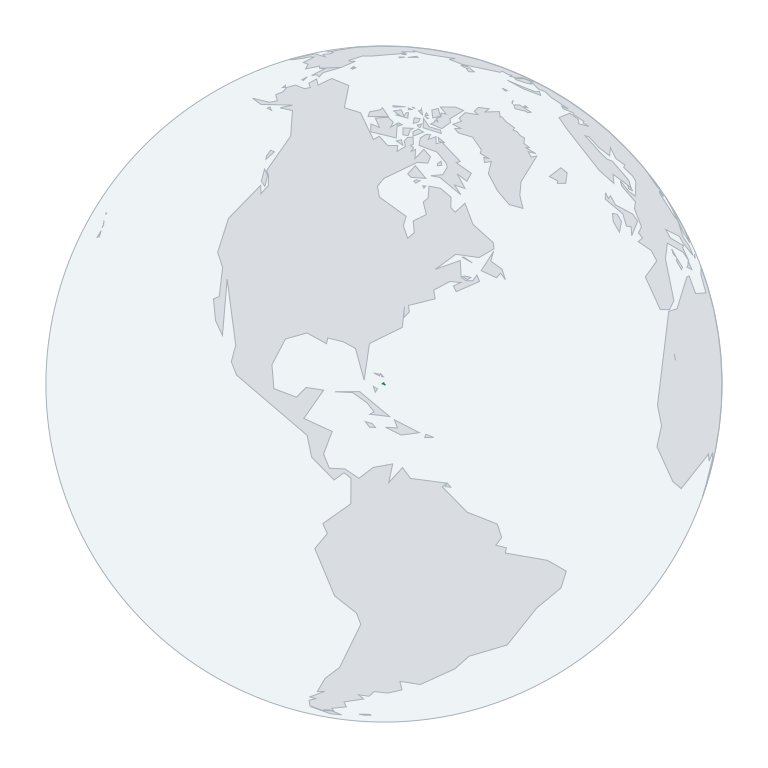 North Eleuthera highlighted on a globe, orthographic projection, rotated 14°
{"feature_id": "BHS-5027", "entity_name": "North Eleuthera", "entity_type": "District", "adm_level": 1, "iso_a3": "BHS", "parent_name": "The Bahamas", "parent_adm1": "", "projection": "orthographic", "projection_center": [-76.584, 25.425], "detail": "fine", "context": "on_globe", "style": "filled", "palette": "green", "viewbox_px": 768, "rotation_deg": 14, "n_neighbors": 0, "source": "natural_earth", "source_scale": "10m", "svg_char_len": 9786}
<svg xmlns="http://www.w3.org/2000/svg" viewBox="0 0 768 768"><g transform="rotate(14 384 384)"><circle cx="384" cy="384" r="338" fill="#eef3f6" stroke="#a8b0b8"/><path d="M374.7,483.3L366.7,479.7L358.8,489.2L331.5,472.5L321.8,452.4L238.8,411.0L230.4,399.3L230.8,382.3L206.4,320.1L215.5,375.9L205.3,363.4L197.9,342.6L203.0,339.0L199.2,309.8L190.7,296.5L193.1,260.8L216.3,221.1L218.5,229.1L223.8,219.5L221.4,209.4L218.5,205.2L233.5,166.0L229.0,140.9L216.5,141.1L227.9,135.5L196.9,142.5L187.4,138.5L204.9,138.4L212.0,135.0L208.9,129.4L215.4,124.9L217.7,119.9L225.8,115.4L235.4,116.7L240.8,114.1L238.3,110.4L244.8,104.3L247.7,110.0L259.4,100.2L277.6,102.9L278.7,125.5L295.6,126.5L314.6,149.4L319.6,144.7L329.9,151.8L339.6,149.3L340.4,155.2L347.4,148.3L344.9,143.5L347.1,139.1L352.5,137.5L354.5,144.4L352.0,146.2L355.4,147.4L354.1,151.7L357.8,148.7L359.5,157.9L365.9,146.7L374.1,152.3L373.0,159.1L362.5,161.0L334.1,184.6L329.8,193.7L334.3,203.7L364.9,216.0L364.5,225.7L371.7,236.9L376.8,229.8L372.9,218.8L384.1,209.4L378.1,198.0L381.8,192.9L379.8,181.1L391.5,180.5L403.9,186.6L406.1,196.7L411.6,200.1L418.8,189.0L431.8,207.7L455.9,220.5L458.0,226.2L445.6,238.3L422.2,240.8L406.1,260.3L428.1,245.7L433.0,261.7L438.7,263.9L445.1,262.4L447.8,255.8L451.9,261.4L431.7,276.9L427.6,272.1L434.1,266.9L423.1,268.6L409.5,280.9L413.1,288.9L388.8,301.8L391.1,308.1L387.0,314.9L385.1,303.8L388.1,324.6L360.1,348.2L363.8,385.0L347.7,356.4L334.3,352.9L318.2,352.9L318.5,358.8L296.9,353.1L277.5,364.1L270.6,392.4L278.2,415.1L302.2,418.0L309.3,406.2L326.9,404.6L314.5,436.8L345.2,442.6L342.3,466.5L351.3,478.9L366.6,475.9L382.5,481.6L393.7,467.6L411.8,459.4L412.4,478.6L422.2,460.6L432.5,469.2L468.3,465.1L465.6,469.8L495.8,488.3L527.8,492.5L535.3,504.4L531.5,513.3L542.4,513.4L542.6,518.7L585.2,515.6L606.2,521.5L605.0,539.1L586.3,564.5L566.6,607.4L532.3,627.6L521.8,643.1L491.9,666.8L471.4,668.7L475.5,676.4L462.6,682.9L448.8,684.9L445.0,690.6L434.6,691.7L440.5,694.5L422.2,702.1L425.5,706.4L411.7,711.3L414.3,713.3L409.6,713.5L404.4,714.5L403.4,715.6L389.9,714.1L387.8,709.0L393.9,705.9L387.8,705.5L400.8,696.6L393.7,698.6L398.1,683.8L409.6,669.6L419.6,622.8L412.8,613.0L387.3,601.5L356.7,560.4L365.2,542.8L358.4,534.3L380.8,508.3L374.7,483.3ZM70.1,311.0L72.5,303.6L72.2,310.0L70.1,311.0ZM73.3,298.0L72.6,300.7L73.0,298.2L73.3,298.0ZM73.2,295.5L73.3,297.3L72.8,295.9L73.2,295.5ZM72.6,293.0L73.0,294.0L72.9,294.2L72.6,293.0ZM362.1,397.3L397.3,414.2L377.5,416.8L381.2,413.5L372.3,406.5L355.7,399.9L338.2,403.4L362.1,397.3ZM72.8,286.9L73.0,285.2L73.6,285.5L72.8,286.9ZM377.5,377.2L371.4,375.8L377.3,375.6L377.5,377.2ZM216.1,204.4L220.7,209.8L220.5,221.0L215.9,216.9L216.1,204.4ZM217.5,184.6L221.4,185.3L215.1,194.5L214.8,191.2L217.5,184.6ZM206.2,142.8L208.6,145.7L204.0,144.6L206.2,142.8ZM216.6,120.1L213.8,120.9L216.1,118.0L216.6,120.1ZM373.6,182.4L376.6,181.8L375.4,184.3L373.6,182.4ZM369.8,178.1L366.2,181.5L363.8,179.9L366.1,177.9L369.8,178.1ZM230.7,108.7L235.3,104.5L232.3,109.0L230.7,108.7ZM374.8,174.4L360.2,176.9L356.2,174.3L361.6,164.6L374.8,174.4ZM239.1,102.1L250.2,92.6L245.0,93.2L266.0,87.1L249.6,96.6L246.7,101.8L244.3,100.2L239.1,102.1ZM341.7,142.8L344.6,147.8L337.1,145.2L341.7,142.8ZM336.3,142.3L310.1,142.5L308.4,134.9L317.5,136.1L311.3,128.1L323.5,124.2L329.6,127.7L328.3,133.2L333.9,127.7L336.3,142.3ZM275.8,85.7L280.0,83.9L277.5,86.1L275.8,85.7ZM347.4,137.2L342.2,137.6L340.4,130.9L350.4,128.9L347.8,131.7L347.4,137.2ZM303.8,128.3L304.2,123.4L314.2,118.7L315.7,116.3L323.6,123.5L303.8,128.3ZM351.0,132.4L355.6,128.2L361.4,130.0L352.3,136.4L351.0,132.4ZM335.8,130.2L335.4,127.1L338.9,128.1L335.8,130.2ZM384.6,135.3L378.4,135.3L377.0,131.7L384.6,135.3ZM356.9,126.5L354.9,125.9L353.6,124.7L357.7,122.5L356.9,126.5ZM330.1,120.0L334.1,119.3L327.3,116.8L334.5,113.7L338.5,119.3L339.8,115.6L342.0,114.7L342.8,120.3L330.1,120.0ZM358.1,116.7L365.7,123.6L377.4,123.9L379.0,127.0L359.9,125.9L358.1,116.7ZM349.0,118.3L355.0,117.9L354.0,121.5L349.3,124.1L349.0,118.3ZM337.9,109.8L325.9,113.0L325.4,111.8L337.9,109.8ZM361.7,116.0L359.8,114.4L362.7,115.6L361.7,116.0ZM345.4,110.7L341.3,111.9L340.8,110.4L345.4,110.7ZM359.5,110.5L361.9,112.6L358.8,114.2L359.5,110.5ZM353.2,110.0L353.7,107.7L356.2,113.5L351.4,110.7L353.2,110.0ZM345.7,109.1L344.1,108.6L347.6,108.8L345.7,109.1ZM370.0,103.6L374.0,110.6L367.0,114.0L364.1,106.6L370.0,103.6ZM412.0,716.9L390.8,714.8L402.9,715.9L412.4,713.8L423.0,715.2L412.0,716.9ZM439.4,710.4L449.7,708.1L451.8,708.4L445.2,710.1L439.4,710.4ZM637.3,160.4L646.8,173.2L638.4,165.3L619.8,142.7L612.1,134.7L637.3,160.4ZM603.3,126.9L602.6,126.9L590.6,117.1L601.3,126.6L603.6,127.9L610.3,134.3L608.6,133.7L604.4,129.9L605.7,132.6L625.2,151.2L629.7,154.5L638.6,169.1L646.9,176.4L652.6,184.4L640.5,175.3L634.8,169.3L619.9,165.9L626.7,173.1L641.2,177.4L640.7,179.4L650.0,190.8L642.5,183.8L624.8,178.8L626.8,194.5L645.1,232.9L643.0,242.7L634.1,245.0L611.7,216.9L618.9,198.6L611.1,189.8L596.2,184.4L599.6,179.8L594.4,175.8L595.8,169.2L584.6,153.2L584.0,146.5L566.8,134.4L564.2,129.8L575.1,138.0L582.4,140.8L579.4,126.6L575.1,122.1L564.2,115.8L564.7,113.3L554.5,109.1L546.5,100.0L547.7,108.0L534.9,102.4L523.1,94.5L519.1,94.4L538.3,107.5L545.7,111.7L551.8,112.7L572.3,127.2L576.1,133.6L555.4,125.1L558.5,133.7L541.1,124.6L500.0,92.5L489.4,83.2L498.8,76.3L508.6,80.3L510.1,84.4L520.5,84.5L514.0,82.5L514.5,81.0L502.3,76.4L502.1,75.1L490.9,73.4L489.2,71.4L496.3,72.5L477.0,65.5L470.0,61.5L465.8,60.7L463.2,60.9L456.1,56.5L453.3,56.1L454.5,57.3L449.7,57.6L438.4,56.8L436.6,55.3L440.4,55.3L445.7,53.9L456.2,55.2L454.3,54.6L444.8,53.2L438.3,54.8L432.0,54.9L433.7,53.4L432.6,53.9L428.9,53.5L423.5,52.0L421.0,53.5L382.8,54.9L368.6,53.2L374.4,51.0L345.8,53.7L332.0,53.6L333.2,54.4L320.3,57.5L324.4,57.5L324.0,58.2L292.6,68.8L283.9,70.9L271.7,78.4L272.3,79.1L278.1,77.8L266.0,87.1L245.0,93.2L244.7,91.1L231.7,97.2L233.0,92.1L228.0,91.5L236.9,83.8L232.2,84.7L227.6,87.2L217.8,91.1L213.6,92.2L215.3,91.2L237.1,80.3L247.7,80.8L245.1,79.1L251.7,76.6L254.4,74.5L252.1,74.2L248.1,75.8L275.1,64.1L275.5,64.0L299.4,56.9L323.7,51.5L348.4,48.0L373.3,46.3L398.2,46.4L423.0,48.3L447.7,52.1L472.0,57.7L495.8,65.1L519.0,74.2L541.5,85.0L563.1,97.4L583.7,111.4L603.3,126.9ZM720.4,416.2L720.8,401.6L720.8,376.8L719.5,371.0L718.1,380.2L715.7,373.5L714.0,377.6L697.7,413.6L687.8,408.7L664.0,378.8L663.4,357.2L654.5,338.3L642.7,244.6L650.1,240.1L652.0,206.7L654.0,205.4L664.4,220.8L674.4,217.8L665.1,201.3L663.5,194.1L662.0,191.8L674.7,211.7L686.1,232.5L695.9,254.0L704.3,276.2L711.0,298.8L716.2,321.9L719.7,345.3L721.6,368.9L721.8,392.6L720.4,416.2ZM658.3,284.6L661.3,290.6L658.3,284.6ZM469.4,464.8L473.7,468.0L468.1,468.7L469.4,464.8ZM374.9,425.0L382.2,425.3L386.2,428.3L380.5,429.4L374.9,425.0ZM436.8,422.7L445.2,423.8L436.5,426.1L436.8,422.7ZM402.8,416.2L430.0,422.7L413.1,429.4L395.9,425.6L407.7,423.4L402.8,416.2ZM374.2,388.9L378.9,390.4L377.5,394.1L374.2,388.9ZM381.8,377.1L380.0,377.5L377.7,374.4L381.8,377.1ZM434.2,260.7L436.0,259.7L442.6,259.6L439.7,262.5L434.2,260.7ZM470.7,244.0L476.5,253.4L470.4,248.3L467.5,253.7L450.9,250.5L458.2,228.9L457.8,238.9L470.7,244.0ZM430.7,241.5L440.4,245.1L429.5,242.1L430.7,241.5ZM564.4,163.3L569.2,162.9L575.1,168.7L575.7,179.7L567.2,171.0L564.4,163.3ZM574.6,161.2L554.0,151.1L552.7,144.8L556.9,149.8L558.2,146.6L565.3,154.2L584.3,159.0L590.7,164.7L588.5,180.2L585.7,171.6L581.1,172.2L574.6,161.2ZM503.3,144.9L494.3,142.7L503.3,131.4L510.6,134.8L511.8,145.3L503.7,147.4L503.3,144.9ZM387.1,157.8L383.1,159.3L382.5,157.2L385.5,154.1L387.1,157.8ZM381.8,135.5L404.1,149.6L400.6,151.8L417.8,158.5L415.3,167.2L404.3,162.4L415.2,174.7L404.3,173.9L412.8,181.8L388.4,170.1L379.0,170.6L390.4,166.6L392.9,158.4L391.2,155.0L379.3,146.1L360.3,144.0L359.7,136.4L364.4,131.6L368.9,130.9L367.8,135.9L374.6,131.4L376.4,138.2L381.8,135.5ZM419.4,91.6L416.2,95.6L430.1,91.8L432.1,96.9L433.6,96.2L439.2,100.1L448.6,103.9L447.9,106.4L451.9,106.9L455.7,109.8L460.9,111.5L461.5,116.7L467.9,119.4L464.6,120.4L475.5,123.7L467.7,123.7L471.9,128.2L477.2,125.8L468.0,154.6L470.2,168.2L476.3,180.0L462.1,179.6L447.3,169.0L434.4,154.6L434.3,142.2L427.9,144.8L426.0,139.9L431.9,139.9L421.7,137.0L421.7,133.1L410.1,123.0L395.4,122.4L390.9,119.1L396.6,117.4L388.0,115.4L395.7,110.2L392.6,108.0L397.1,101.1L410.0,99.9L405.6,97.5L408.8,92.7L419.4,91.6ZM371.7,101.6L386.6,98.0L395.0,99.3L383.6,111.0L385.4,113.8L378.4,122.2L366.3,120.4L369.5,118.0L369.7,115.4L373.4,117.0L370.6,113.7L374.8,110.6L373.7,107.4L378.9,107.0L371.7,101.6ZM649.8,197.3L650.2,195.3L649.3,191.0L655.1,198.5L649.8,197.3ZM638.2,194.0L637.5,190.9L645.4,198.6L645.0,201.0L638.2,194.0ZM630.5,183.3L636.9,190.2L633.2,187.9L630.5,183.3ZM573.9,135.2L572.4,132.1L574.8,133.2L578.7,136.5L573.9,135.2ZM460.9,84.7L457.8,86.0L455.8,85.1L444.6,85.1L442.3,81.8L448.1,80.5L460.9,84.7ZM646.0,170.6L645.6,170.2L643.6,167.7L643.1,167.1L646.0,170.6ZM654.0,184.9L654.0,182.7L655.6,187.0L654.0,184.9ZM456.5,81.1L452.2,81.4L453.7,79.7L456.5,81.1ZM440.0,79.5L440.6,77.3L440.7,81.5L440.0,79.5ZM430.4,59.4L448.6,62.4L460.0,63.7L464.1,62.6L466.2,66.1L448.4,64.0L430.4,59.4ZM388.9,55.3L385.5,57.3L381.7,56.3L382.0,55.8L388.9,55.3ZM390.5,56.5L396.0,59.3L390.7,60.5L387.4,57.9L390.5,56.5ZM427.0,68.4L432.5,69.3L431.1,70.5L427.0,68.4ZM278.1,83.3L279.8,83.9L276.1,84.7L278.1,83.3ZM326.5,58.2L325.3,59.3L321.0,59.8L326.5,58.2ZM319.6,63.1L325.4,61.7L320.1,63.8L319.6,63.1ZM338.0,58.8L328.0,61.4L336.5,58.1L338.0,58.8Z" fill="#d9dde1" stroke="#a8b0b8" stroke-width="1"/><path d="M385.3,384.8L385.3,384.7L385.1,384.6L384.9,384.5L384.5,384.4L384.3,384.3L384.0,384.0L383.7,383.9L383.4,383.9L383.2,383.9L383.0,384.0L382.9,384.0L383.1,383.8L383.1,383.6L383.2,383.2L383.4,383.2L383.5,383.2L383.5,383.3L383.4,383.4L383.4,383.5L383.5,383.5L383.8,383.8L384.5,384.3L384.9,384.5L385.1,384.5L385.3,384.6L385.3,384.8Z" fill="#22c55e" stroke="#15803d" stroke-width="1.5"/></g></svg>